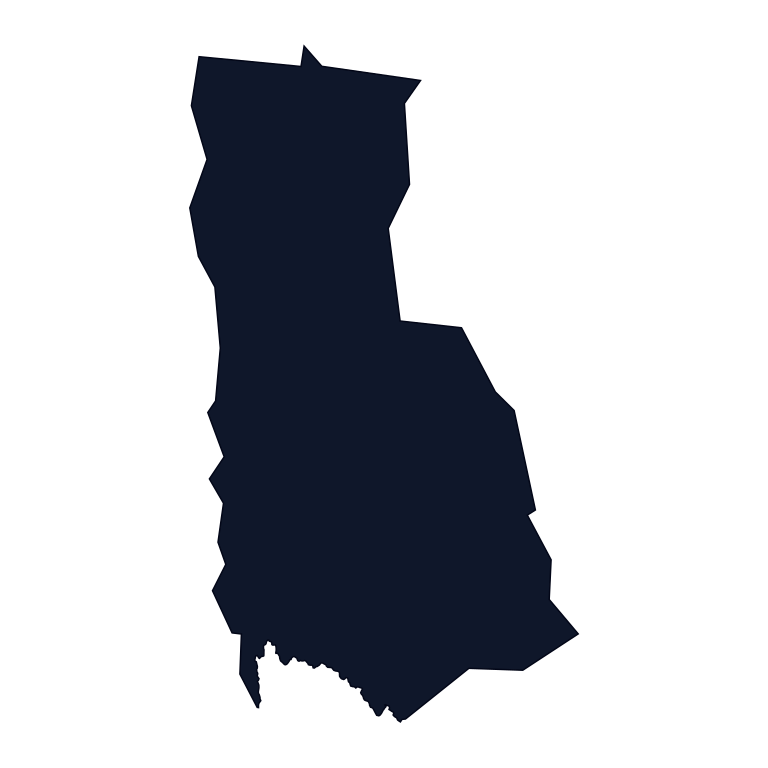 outline of Maridi, Western Equatoria, South Sudan
{"feature_id": "79223893B17245880032219", "entity_name": "Maridi", "entity_type": "district", "adm_level": 2, "iso_a3": "SSD", "parent_name": "South Sudan", "parent_adm1": "Western Equatoria", "projection": "equal_earth", "projection_center": [29.611, 5.135], "detail": "fine", "context": "isolated", "style": "filled", "palette": "ink", "viewbox_px": 768, "rotation_deg": 0, "n_neighbors": 0, "source": "geoboundaries", "source_scale": "gbopen_adm2", "svg_char_len": 2887}
<svg xmlns="http://www.w3.org/2000/svg" viewBox="0 0 768 768"><path d="M578.2,633.9L549.2,599.5L551.1,559.8L527.3,515.1L535.4,510.0L514.1,410.5L495.3,391.9L461.5,327.8L400.1,321.0L388.2,228.3L409.5,184.4L404.4,103.4L420.5,80.5L321.8,66.3L304.1,46.1L301.0,66.5L199.1,56.7L191.4,105.7L207.1,159.4L189.8,207.9L198.4,256.4L214.9,287.0L220.3,348.1L215.6,400.9L207.8,412.5L224.2,456.8L209.4,478.9L223.5,503.2L218.0,542.2L225.8,564.4L212.5,590.7L232.1,632.9L241.4,634.0L239.9,674.1L257.2,707.4L258.5,707.6L258.5,706.1L258.5,705.2L258.8,703.5L259.8,702.0L260.8,700.7L260.0,698.6L260.0,697.3L259.3,694.9L258.5,693.4L258.3,692.0L258.6,689.8L258.9,687.9L258.9,685.7L258.7,684.6L257.4,681.3L258.5,680.1L259.0,678.7L258.2,677.5L257.2,676.0L257.6,674.5L257.7,673.2L256.9,671.8L256.6,669.4L257.3,668.1L257.4,666.3L257.0,664.9L256.3,661.8L254.9,660.9L254.8,659.7L255.2,658.2L255.3,657.1L256.1,655.8L257.2,655.4L257.9,656.4L258.7,657.9L259.5,658.4L260.8,657.0L261.9,656.2L262.8,656.4L263.8,655.8L263.9,653.9L263.9,652.2L264.0,649.8L263.5,648.3L263.5,646.7L263.6,645.4L265.2,644.6L265.9,643.9L266.3,642.7L266.4,641.7L267.6,640.1L268.8,640.1L269.2,641.1L270.3,641.5L271.5,641.9L271.8,643.4L271.9,644.6L272.8,645.1L274.2,645.0L275.4,644.9L275.9,646.2L276.1,647.6L276.2,649.1L276.1,651.0L275.8,652.5L275.9,653.3L277.7,653.3L278.7,655.0L279.5,656.2L279.8,658.7L280.6,660.9L282.6,662.6L284.0,664.1L285.1,664.8L286.5,664.4L287.4,663.6L288.3,662.4L289.3,660.9L289.7,659.8L291.0,659.5L291.6,657.9L292.9,656.7L294.5,656.6L297.0,658.3L297.1,659.0L297.8,660.6L299.0,661.2L300.5,660.5L301.7,660.9L303.1,660.9L304.7,660.5L305.6,660.8L307.0,662.4L307.9,663.4L308.4,664.7L310.1,665.2L311.5,665.1L312.8,665.7L312.9,666.9L313.2,667.9L314.5,668.0L315.8,666.8L317.4,666.4L318.2,665.8L319.3,665.1L320.3,663.8L321.2,662.9L322.4,662.9L324.1,663.9L325.9,664.8L326.4,666.1L327.7,667.3L329.1,667.4L330.6,667.5L331.8,667.7L332.7,668.9L333.8,670.3L335.7,671.0L337.7,671.2L339.3,672.1L339.5,673.4L339.5,674.6L339.6,676.3L340.5,677.7L341.6,678.8L343.7,679.5L344.8,678.9L345.7,677.7L346.8,677.7L347.8,678.3L348.2,680.6L348.5,681.8L349.7,682.7L350.2,684.5L350.7,686.0L352.6,686.6L354.5,686.8L355.8,688.0L357.2,686.9L358.2,686.9L359.9,687.6L361.7,688.0L362.4,688.9L361.9,690.1L361.2,691.4L360.7,692.8L361.4,694.2L362.4,695.2L363.2,696.8L363.6,698.5L364.5,700.0L366.2,700.8L367.5,701.1L368.5,701.8L369.5,704.0L369.5,705.1L370.5,707.2L372.3,707.8L372.9,708.3L373.7,709.7L375.1,712.4L375.9,713.9L376.7,715.3L378.9,715.8L380.2,715.0L381.5,713.3L382.5,711.4L383.2,710.0L383.7,709.6L384.6,708.1L385.9,706.7L384.8,705.0L385.9,704.6L386.7,705.4L387.9,705.6L389.1,706.2L389.6,707.8L389.0,709.5L390.3,710.3L391.7,711.3L393.4,712.2L393.7,713.3L393.1,715.0L394.4,716.5L396.7,717.9L397.1,718.9L397.6,720.0L398.8,720.9L400.4,721.9L402.0,719.4L405.5,719.0L468.9,668.3L522.8,670.2L578.2,633.9Z" fill="#0f172a" stroke="#020617" stroke-width="1.5"/></svg>